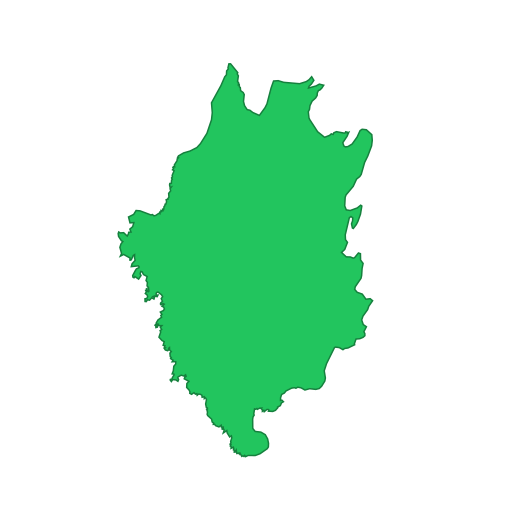 Muang Sam Sip, Ubon Ratchathani, Thailand, rotated 207°
{"feature_id": "78962969B95982372306195", "entity_name": "Muang Sam Sip", "entity_type": "district", "adm_level": 2, "iso_a3": "THA", "parent_name": "Thailand", "parent_adm1": "Ubon Ratchathani", "projection": "equal_earth", "projection_center": [104.738, 15.526], "detail": "fine", "context": "isolated", "style": "filled", "palette": "green", "viewbox_px": 512, "rotation_deg": 207, "n_neighbors": 0, "source": "geoboundaries", "source_scale": "gbopen_adm2", "svg_char_len": 6097}
<svg xmlns="http://www.w3.org/2000/svg" viewBox="0 0 512 512"><g transform="rotate(207 256 256)"><path d="M127.8,221.7L128.5,222.5L129.2,227.4L126.0,229.4L123.7,232.1L122.8,234.4L123.8,236.3L125.5,237.5L125.5,243.1L129.3,243.6L132.8,247.0L133.4,250.9L132.2,258.9L132.7,262.4L131.8,269.1L134.9,269.8L138.4,267.4L144.0,270.3L149.4,269.6L152.9,271.1L153.6,273.7L152.3,283.8L153.0,286.5L155.8,293.0L157.2,298.0L161.0,299.9L164.0,305.5L166.1,305.2L167.4,299.3L168.4,298.2L171.4,298.0L175.2,296.2L181.4,298.0L179.9,302.1L180.7,309.7L183.7,311.2L186.1,315.4L190.2,332.4L189.3,334.3L187.1,333.9L185.9,331.1L185.5,328.0L182.8,324.7L181.8,324.7L180.9,329.5L180.9,333.0L181.9,340.7L184.4,348.6L185.8,348.8L187.6,344.8L192.7,339.3L196.5,338.1L199.7,340.9L203.2,348.8L203.5,351.3L201.0,362.2L201.3,370.2L199.6,373.9L199.3,376.5L201.7,388.7L201.8,395.9L203.0,406.6L204.9,411.8L207.9,416.7L215.0,418.6L219.0,417.1L220.2,415.0L219.9,407.9L221.2,399.4L223.8,395.2L225.9,393.8L227.6,393.9L230.1,396.3L229.2,404.1L229.5,408.2L230.4,407.0L230.7,407.8L232.5,407.4L232.5,406.0L233.3,405.5L240.8,403.3L242.6,401.1L242.5,399.3L244.4,399.0L245.2,396.9L248.8,392.9L257.5,394.7L270.0,401.9L271.5,403.1L274.9,408.3L274.9,410.9L276.2,414.5L276.3,419.5L274.6,423.9L274.4,426.8L275.4,429.1L275.5,431.7L274.4,433.0L273.6,435.4L273.2,438.9L277.6,437.9L279.7,434.8L285.5,429.5L285.8,431.3L284.7,434.4L284.2,438.8L287.8,441.0L288.8,437.1L290.4,434.2L295.4,429.3L310.2,423.3L315.8,422.3L319.8,419.9L318.8,412.4L315.3,396.5L315.3,392.2L316.8,382.8L324.0,382.4L327.6,383.1L330.3,382.4L334.4,384.7L337.3,388.0L339.8,394.5L341.6,395.8L344.8,396.4L346.5,399.0L347.6,399.2L348.8,401.2L349.4,400.5L350.4,402.7L351.6,402.9L353.5,408.5L355.4,409.7L355.5,411.1L365.9,415.7L367.4,414.9L366.4,410.9L365.6,410.1L366.2,407.6L364.6,404.0L365.2,401.4L364.6,391.9L365.2,372.3L360.0,363.8L357.5,357.2L355.4,343.0L356.5,330.9L357.9,325.8L362.5,319.5L367.3,315.0L370.5,310.1L370.6,308.3L369.7,308.3L370.3,306.7L369.6,305.2L370.1,300.1L368.9,298.5L370.1,298.1L370.3,297.2L369.2,296.6L369.5,294.9L367.7,294.9L367.3,289.8L366.4,288.6L366.7,287.2L365.4,286.3L365.7,285.3L364.4,282.3L365.7,281.5L365.3,280.1L363.6,278.0L362.8,278.9L363.1,276.9L361.6,275.3L362.3,272.2L360.3,268.9L360.6,267.1L360.2,266.7L361.6,265.4L360.3,263.7L359.9,261.3L360.5,260.9L360.0,259.2L360.4,258.4L359.4,255.6L360.0,255.4L359.7,254.7L360.3,254.9L359.9,253.8L361.3,253.4L360.5,252.5L361.4,251.8L360.9,250.4L361.4,250.6L361.2,250.0L362.0,249.8L363.7,246.7L365.1,245.5L367.2,245.9L368.2,244.9L379.8,243.6L383.5,242.1L383.9,237.5L387.3,232.9L383.3,228.3L380.0,230.3L379.2,226.1L380.6,222.7L378.2,220.6L380.2,219.3L379.7,217.9L379.8,215.3L384.5,216.7L387.5,214.9L389.2,215.1L389.0,213.4L387.3,211.0L382.9,208.5L381.2,208.4L381.8,205.5L381.2,201.9L376.9,197.2L376.8,194.3L374.6,197.3L367.3,197.0L366.5,195.1L365.9,195.3L365.4,196.0L365.6,200.8L364.8,202.1L363.4,199.2L361.7,197.3L362.9,192.9L362.3,189.9L356.4,193.8L355.4,193.4L355.0,192.5L356.7,190.2L356.9,188.6L357.0,182.6L356.1,181.3L354.8,181.2L354.6,182.7L350.1,182.1L349.6,186.4L351.2,187.5L351.6,190.0L350.3,190.2L347.8,188.4L343.7,188.3L342.8,184.2L340.8,183.2L339.5,179.9L337.6,179.2L335.5,176.1L335.7,175.3L336.7,175.2L338.4,177.4L338.7,176.9L337.8,176.2L338.7,175.3L337.4,174.3L337.6,172.3L335.4,171.9L334.0,170.5L334.1,168.6L335.5,167.5L334.2,165.1L333.1,165.5L332.8,167.7L330.8,168.3L329.9,171.4L327.4,171.3L327.7,173.2L329.3,173.2L328.3,174.3L325.6,174.9L325.6,176.7L327.1,175.8L327.9,177.0L328.0,178.3L327.0,179.4L322.6,178.6L320.7,177.3L321.1,175.0L318.8,173.2L319.6,170.8L319.3,169.8L318.4,169.4L317.3,171.4L315.9,171.4L316.8,168.5L315.1,168.6L313.5,167.1L313.8,165.3L315.8,162.6L313.3,161.3L313.8,159.8L312.3,158.6L314.3,154.6L314.5,151.0L314.0,150.2L314.6,148.5L313.5,148.2L312.7,146.8L311.6,147.8L312.8,149.8L312.6,150.9L311.9,150.9L311.4,149.6L308.3,151.2L308.9,149.1L306.7,147.7L307.6,146.0L306.4,145.0L305.6,139.6L301.3,138.0L298.9,138.0L298.2,134.3L296.4,134.7L296.2,133.1L295.2,133.1L295.9,132.1L294.1,131.1L291.7,131.5L291.3,132.5L291.9,134.2L291.5,135.1L290.3,133.0L288.1,132.4L288.6,130.4L286.7,127.4L285.4,127.1L285.5,125.8L282.5,125.5L282.7,123.7L279.5,125.4L278.5,123.3L279.2,120.5L277.5,116.0L277.2,112.9L275.5,113.5L275.0,112.9L275.3,109.6L274.9,108.4L276.3,107.1L276.1,106.5L274.4,105.7L274.1,108.0L271.2,109.2L268.7,108.9L268.8,110.7L270.4,112.0L270.5,113.0L268.5,115.9L265.8,116.3L264.8,118.2L263.6,117.0L264.4,115.8L264.2,114.0L258.9,113.9L259.7,111.0L258.1,107.4L254.8,106.2L253.2,105.0L252.7,103.6L250.6,103.5L249.2,106.1L247.3,105.4L246.3,106.5L245.2,105.2L244.6,106.8L243.0,107.5L241.0,107.4L239.9,105.7L238.3,107.1L237.4,105.6L237.1,106.7L236.0,106.4L234.9,105.5L233.7,101.3L231.4,98.4L230.4,98.6L229.9,97.8L230.3,97.0L229.4,96.7L229.5,96.1L228.4,95.0L227.6,92.7L226.6,91.9L221.5,90.5L219.7,88.2L218.0,88.0L217.6,86.6L216.5,87.3L215.0,86.5L211.4,86.9L210.2,89.4L209.1,87.8L207.5,88.7L207.2,87.9L207.8,86.5L207.0,86.5L206.7,87.4L205.3,86.4L204.8,83.5L202.8,87.2L201.4,85.3L197.3,82.8L196.3,84.6L195.0,83.0L194.4,79.3L193.5,78.2L193.7,76.6L192.7,76.6L192.7,75.0L191.6,74.9L190.9,73.3L189.1,76.0L189.5,74.7L188.3,74.2L188.1,73.0L186.9,73.0L186.4,71.4L185.6,71.7L185.5,74.1L183.4,71.3L181.6,72.7L180.9,72.0L180.7,73.0L177.7,71.0L176.9,72.1L175.7,71.9L175.5,73.2L174.2,72.5L172.5,74.7L166.1,77.9L162.6,81.7L158.5,89.4L158.3,91.5L159.8,94.8L162.6,98.3L166.6,101.0L171.7,101.3L177.1,99.3L180.6,100.9L184.9,109.1L185.6,111.4L185.4,113.4L186.3,114.3L187.9,119.1L186.7,119.3L186.0,120.5L185.2,120.0L183.6,122.2L182.0,123.0L182.2,122.3L180.6,121.9L179.8,120.5L179.0,122.0L178.0,121.0L176.6,124.2L175.1,124.9L174.4,124.5L174.4,123.4L170.5,125.1L168.6,127.3L167.7,130.7L168.2,131.2L166.4,133.7L166.6,136.7L165.4,138.6L167.5,139.3L168.6,138.4L169.8,141.0L170.3,144.3L168.5,146.8L168.0,149.4L164.3,154.4L162.0,156.1L160.4,156.3L159.2,158.1L155.9,159.0L151.6,158.8L148.0,162.1L142.2,164.3L139.5,166.6L138.4,169.7L137.9,175.8L138.8,178.8L143.1,184.7L144.3,192.2L144.5,210.0L143.9,210.9L140.2,212.2L136.0,212.0L135.0,213.9L132.3,215.8L127.8,221.7Z" fill="#22c55e" stroke="#15803d" stroke-width="1.5"/></g></svg>